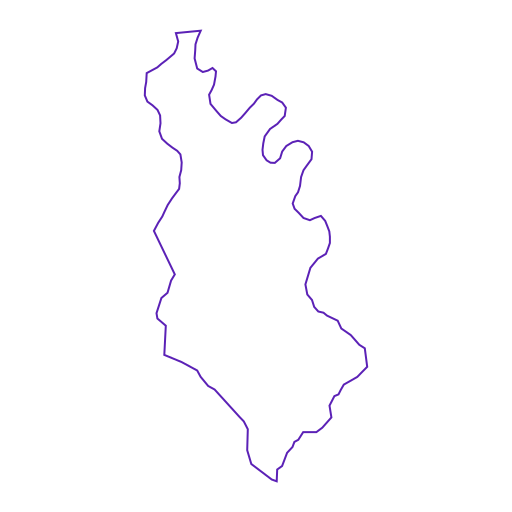 Dezesseis de Novembro, Rio Grande do Sul, Brazil (Equal Earth projection)
{"feature_id": "56859067B97658409243233", "entity_name": "Dezesseis de Novembro", "entity_type": "district", "adm_level": 2, "iso_a3": "BRA", "parent_name": "Brazil", "parent_adm1": "Rio Grande do Sul", "projection": "equal_earth", "projection_center": [-55.077, -28.199], "detail": "fine", "context": "isolated", "style": "outline", "palette": "violet", "viewbox_px": 512, "rotation_deg": 0, "n_neighbors": 0, "source": "geoboundaries", "source_scale": "gbopen_adm2", "svg_char_len": 2006}
<svg xmlns="http://www.w3.org/2000/svg" viewBox="0 0 512 512"><path d="M320.9,215.9L314.7,218.0L309.9,220.2L303.5,218.0L298.7,212.8L294.6,208.8L292.7,203.5L295.3,196.1L298.0,192.3L300.0,186.0L301.1,177.0L303.5,170.2L306.8,165.6L311.5,159.2L312.1,151.7L308.7,146.0L303.7,142.3L297.9,140.8L292.5,142.2L286.3,146.0L282.2,151.5L280.1,158.3L274.8,162.9L270.5,162.7L266.6,160.3L263.0,155.2L262.5,149.8L263.3,143.2L264.7,136.4L270.1,128.9L277.4,123.9L281.3,119.5L284.7,116.0L285.9,107.7L282.2,102.5L277.6,100.0L271.7,95.8L265.7,94.1L261.0,95.4L257.0,99.4L253.9,103.7L249.8,107.7L245.0,113.4L241.2,117.7L236.0,122.3L231.9,123.0L225.5,119.3L220.8,116.0L216.6,111.2L210.5,103.9L209.1,94.7L211.6,90.1L214.0,84.7L215.5,76.6L216.0,71.3L212.5,68.0L208.0,70.6L202.8,72.0L197.2,68.5L194.6,58.4L195.2,50.6L195.5,44.3L197.6,37.7L200.7,30.7L175.9,33.1L178.2,41.5L176.7,48.3L174.1,53.5L166.3,60.1L161.4,63.8L157.3,67.4L146.7,73.1L146.2,82.0L145.1,88.1L144.8,95.4L147.4,101.6L152.5,105.3L157.5,109.9L160.1,115.4L160.5,123.3L159.3,131.3L162.0,138.8L167.3,143.7L172.4,147.6L177.2,150.8L180.4,154.4L181.7,162.5L181.2,170.2L179.4,177.0L179.8,183.3L179.1,188.9L175.7,193.4L172.0,198.4L167.7,205.0L164.4,211.9L162.3,216.5L158.2,222.8L153.9,230.9L174.8,274.4L171.1,280.5L167.5,292.8L161.4,298.0L156.5,313.2L157.4,318.5L165.8,325.7L164.3,354.9L172.3,358.2L181.7,362.1L197.2,370.5L200.6,376.8L208.2,386.0L214.6,389.5L239.4,416.8L243.8,421.4L247.8,429.2L247.2,450.2L251.3,464.0L271.7,479.5L276.7,481.3L277.2,469.5L282.1,466.0L287.1,452.8L292.5,447.0L294.4,441.9L298.3,439.8L303.2,432.1L316.4,432.1L322.3,427.7L331.4,417.4L329.5,405.6L334.4,396.1L338.5,394.4L340.7,390.0L343.8,384.6L357.3,376.9L360.8,373.3L367.2,366.8L364.8,348.3L359.3,344.8L350.8,335.1L341.3,328.5L337.7,320.7L327.0,315.6L323.5,312.7L318.3,311.5L314.2,306.9L312.0,300.0L307.3,294.5L305.4,284.4L310.4,267.8L317.9,258.6L325.9,253.9L328.0,248.5L329.9,243.0L329.9,236.7L329.3,231.4L327.3,226.1L325.2,220.9L320.9,215.9Z" fill="none" stroke="#5b21b6" stroke-width="2"/></svg>